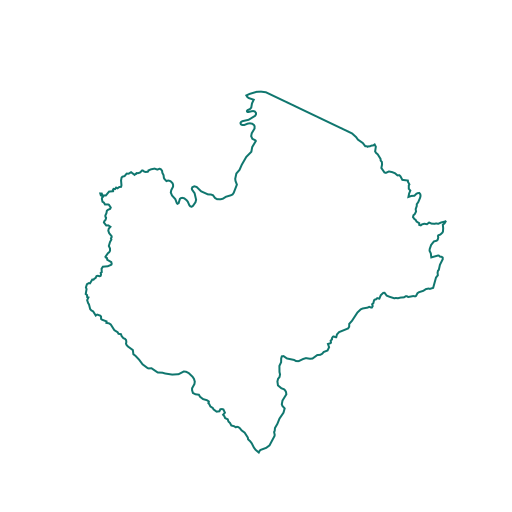 Murindó, Antioquia, Colombia (orthographic projection), rotated 35°
{"feature_id": "7082276B39517489210154", "entity_name": "Murindó", "entity_type": "district", "adm_level": 2, "iso_a3": "COL", "parent_name": "Colombia", "parent_adm1": "Antioquia", "projection": "orthographic", "projection_center": [-76.718, 6.832], "detail": "fine", "context": "isolated", "style": "outline", "palette": "teal", "viewbox_px": 512, "rotation_deg": 35, "n_neighbors": 0, "source": "geoboundaries", "source_scale": "gbopen_adm2", "svg_char_len": 6148}
<svg xmlns="http://www.w3.org/2000/svg" viewBox="0 0 512 512"><g transform="rotate(35 256 256)"><path d="M368.4,368.6L366.9,364.4L363.7,363.7L362.2,362.7L360.6,359.2L360.2,351.9L358.6,350.2L357.0,349.4L355.4,349.1L352.6,349.8L348.2,349.4L345.5,346.5L344.5,343.9L344.7,341.7L343.6,339.2L341.8,337.6L338.2,332.6L337.5,328.6L335.4,325.5L334.7,323.4L336.0,322.2L340.1,322.2L346.8,319.3L349.1,319.1L351.3,317.6L353.7,313.3L355.5,311.0L359.2,309.2L361.1,307.6L363.0,302.0L365.3,300.1L366.3,298.1L366.5,295.8L368.8,292.4L368.2,288.8L365.4,286.8L367.1,284.6L367.0,283.8L365.7,282.5L366.1,280.8L365.4,279.9L365.3,278.0L365.8,277.3L367.5,277.0L368.3,276.5L367.3,273.8L367.7,270.7L373.0,262.5L372.9,260.5L371.3,258.1L371.8,254.1L371.5,244.1L372.4,239.6L373.5,237.8L377.0,234.3L377.9,232.7L379.9,232.2L380.5,231.7L380.3,230.1L378.8,228.9L379.2,227.4L378.1,224.5L378.3,223.6L379.1,222.8L379.5,221.0L381.5,220.2L380.7,216.5L381.4,213.2L382.4,212.4L385.8,213.5L388.8,212.8L393.6,211.3L394.6,210.2L396.5,209.2L398.2,207.2L400.9,205.0L401.8,203.0L402.7,202.4L404.2,202.3L407.8,198.6L409.5,197.8L410.0,196.9L409.6,193.8L410.3,192.1L413.0,188.6L414.2,185.6L416.0,183.7L417.3,183.2L419.4,180.5L415.8,170.4L416.0,167.5L414.3,165.5L413.5,163.6L413.7,162.5L411.7,157.7L410.8,151.5L409.8,150.2L408.5,150.2L407.1,151.0L405.6,150.8L404.9,151.1L400.4,156.6L397.7,153.6L395.2,152.2L394.3,150.7L393.1,146.4L393.4,142.0L395.2,139.9L395.5,138.4L394.6,136.2L393.6,135.3L393.5,134.4L394.7,132.7L395.3,129.9L395.1,128.7L393.4,125.9L391.1,123.2L391.7,121.1L391.5,118.2L391.1,119.3L388.4,122.4L386.8,125.1L384.9,126.0L383.8,127.2L381.2,128.8L378.6,129.3L377.8,131.9L375.4,133.0L373.9,134.8L373.4,136.4L371.9,136.9L370.9,135.5L367.8,135.7L365.9,134.8L364.7,134.9L362.3,134.1L361.6,132.3L362.0,130.6L361.6,127.8L359.9,126.0L359.0,122.8L358.0,121.4L358.0,118.8L357.0,114.1L356.3,112.4L355.2,111.2L353.6,110.7L352.4,111.8L351.7,113.0L351.2,115.8L348.9,117.6L347.0,120.2L345.6,117.0L344.9,113.9L342.6,113.3L340.7,110.6L340.6,109.4L338.0,108.1L337.1,107.1L332.2,109.7L328.7,107.9L327.1,107.6L325.7,108.8L322.3,108.5L319.4,109.2L316.4,110.5L314.7,113.4L313.3,113.9L308.2,112.0L306.8,108.8L305.2,106.8L303.4,106.3L302.3,105.0L297.4,102.9L295.2,102.7L293.6,102.0L291.5,97.8L289.2,96.6L288.6,98.2L287.3,99.3L286.4,100.8L285.0,101.9L284.8,102.5L283.8,102.6L282.5,103.4L278.7,102.2L272.7,102.2L269.9,101.2L264.4,100.5L170.2,116.2L165.8,118.5L162.3,121.2L157.8,126.9L156.0,130.0L157.6,130.7L159.4,130.8L164.5,129.3L165.2,133.3L167.0,137.2L166.8,139.0L165.4,141.4L165.4,142.4L165.8,142.8L166.4,142.9L167.2,142.4L169.7,139.6L170.9,138.7L172.2,138.3L174.0,138.9L174.7,139.9L174.9,141.6L171.8,148.7L167.5,153.4L166.9,154.8L167.0,156.0L168.1,156.8L169.6,156.6L171.2,155.5L173.3,152.3L174.9,150.8L177.1,149.8L179.3,149.9L180.4,150.5L181.7,152.4L182.1,157.9L183.3,160.6L185.8,162.1L189.2,161.6L189.9,161.9L190.4,168.9L192.4,173.3L191.2,180.4L192.0,189.4L193.1,194.9L192.6,199.7L194.7,204.7L196.2,206.3L199.4,208.5L201.5,217.0L201.5,219.1L200.5,220.8L197.4,224.7L196.0,228.1L194.4,229.9L191.5,231.8L189.2,232.0L185.9,230.9L183.8,231.5L181.3,233.1L173.9,234.5L167.8,233.5L165.5,234.3L164.4,236.2L164.8,237.7L165.5,238.3L169.7,239.8L174.7,244.3L175.6,246.7L175.6,251.1L175.0,252.6L173.6,253.0L172.4,252.7L168.9,250.6L167.1,250.1L164.2,249.9L162.5,250.5L161.4,251.5L160.9,252.8L162.3,257.1L161.7,258.3L160.8,258.1L157.3,255.7L152.5,254.6L149.8,252.9L148.8,250.6L148.3,246.8L147.3,245.3L146.0,244.3L143.6,243.8L142.4,243.9L140.7,244.6L139.7,246.0L136.8,245.4L135.8,244.9L133.9,242.8L131.6,241.6L130.2,240.1L128.3,239.5L127.0,239.8L125.6,241.8L122.8,242.6L120.3,245.2L118.8,247.6L119.2,248.6L118.9,249.2L117.2,250.6L115.8,251.0L114.2,250.9L113.6,251.3L113.2,254.0L112.0,255.7L110.6,256.6L110.8,257.4L110.2,258.0L110.0,259.2L105.6,259.0L104.5,261.6L102.8,262.7L102.5,266.0L101.1,267.6L100.9,268.8L102.1,271.5L105.2,275.2L105.8,276.7L104.4,278.0L103.7,280.0L102.2,280.2L102.2,282.0L100.8,282.7L100.9,284.0L101.7,284.5L101.8,284.9L98.7,287.5L98.3,292.5L95.9,294.2L95.1,294.2L93.8,293.3L92.6,294.1L94.0,295.2L94.7,295.3L95.3,294.8L96.7,295.2L96.5,296.5L96.9,297.5L99.1,299.6L100.7,299.5L102.8,300.4L105.3,298.6L106.1,298.4L109.2,299.6L109.5,301.0L108.2,303.2L107.9,304.5L108.9,306.7L109.4,309.3L110.2,310.3L111.1,310.5L111.5,311.1L112.0,312.7L111.8,314.6L112.2,315.8L115.8,316.9L117.5,315.6L120.0,315.6L119.7,318.0L120.5,320.0L122.6,321.5L126.4,322.6L127.0,323.5L127.0,324.7L128.1,325.5L128.4,328.3L129.7,332.2L132.1,333.6L133.4,335.4L133.6,337.1L133.1,338.6L133.1,343.0L133.7,343.4L135.2,343.2L136.3,344.4L140.9,344.0L142.3,345.2L142.5,346.1L140.5,349.4L136.7,352.6L136.8,355.0L138.9,357.7L138.5,359.0L139.8,360.2L140.1,361.5L139.5,362.3L137.8,362.9L136.9,363.9L137.2,366.1L136.6,367.3L136.5,368.6L135.4,369.2L135.7,373.6L134.6,374.1L133.7,376.1L134.7,379.3L136.2,380.3L138.3,384.8L140.0,384.9L141.3,386.5L142.5,386.1L143.0,389.0L145.7,391.0L146.9,391.4L150.6,394.6L152.3,395.0L154.4,394.8L158.9,396.7L159.1,395.7L159.7,395.0L162.7,394.2L163.8,394.5L165.2,396.4L166.4,396.5L171.1,395.3L171.8,396.6L174.2,395.5L176.3,395.4L182.5,398.0L186.4,397.8L188.0,398.6L190.2,397.5L191.9,398.7L194.5,399.4L196.2,399.0L197.8,399.4L199.1,400.8L199.8,402.4L201.2,403.2L203.2,403.6L209.1,403.7L211.9,406.8L214.5,406.9L219.8,408.0L225.2,409.8L231.5,410.0L232.5,409.7L234.8,407.9L242.3,407.8L246.2,405.3L248.9,404.4L255.4,401.2L260.4,397.2L263.1,392.0L265.2,390.9L268.1,390.5L273.3,391.3L275.6,392.2L277.9,394.0L279.0,396.2L279.5,401.0L280.6,402.6L282.9,404.4L285.7,404.0L288.8,402.4L290.9,403.4L294.7,403.6L298.4,402.3L300.7,402.2L301.1,402.5L301.3,403.8L302.8,404.2L304.9,405.4L307.8,405.3L309.2,406.0L313.0,406.1L315.1,404.2L314.7,402.0L315.9,400.9L317.3,400.4L320.4,402.2L320.1,404.9L322.0,405.4L323.7,406.5L326.5,406.0L328.4,407.4L330.5,407.7L333.0,409.0L335.7,408.0L337.7,407.9L338.4,406.8L339.7,406.3L341.4,406.3L344.2,407.1L348.0,407.2L353.4,409.4L354.7,410.7L357.5,411.1L360.0,411.9L364.1,414.1L366.8,415.0L371.0,415.4L370.7,413.2L371.0,412.2L374.4,407.3L375.7,403.4L374.4,392.8L373.9,391.8L371.8,389.8L371.6,388.5L370.2,386.0L369.8,381.3L368.5,375.7L368.4,368.6Z" fill="none" stroke="#0f766e" stroke-width="2"/></g></svg>